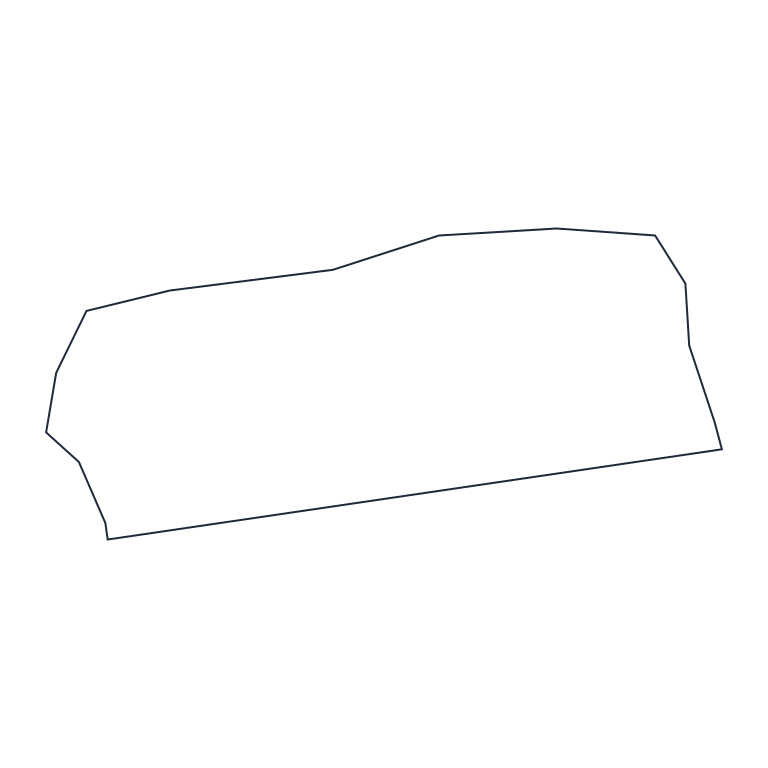 the Unitary District (city) of Dundee
{"feature_id": "GBR-2020", "entity_name": "Dundee", "entity_type": "Unitary District (city)", "adm_level": 1, "iso_a3": "GBR", "parent_name": "United Kingdom", "parent_adm1": "", "projection": "mercator", "projection_center": [-2.949, 56.485], "detail": "fine", "context": "isolated", "style": "outline", "palette": "slate", "viewbox_px": 768, "rotation_deg": 0, "n_neighbors": 0, "source": "natural_earth", "source_scale": "10m", "svg_char_len": 315}
<svg xmlns="http://www.w3.org/2000/svg" viewBox="0 0 768 768"><path d="M721.9,449.3L107.7,539.5L105.3,522.9L78.9,462.0L46.1,432.4L56.2,372.8L86.5,310.9L169.9,290.5L332.9,269.8L439.0,235.5L556.5,228.5L655.1,235.5L685.4,283.6L689.2,345.5L714.7,422.4L721.9,449.3Z" fill="none" stroke="#1e293b" stroke-width="2"/></svg>